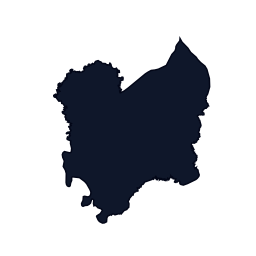 Na Thom, Nakhon Phanom, Thailand (Robinson projection), rotated 12°
{"feature_id": "78962969B75558951633427", "entity_name": "Na Thom", "entity_type": "district", "adm_level": 2, "iso_a3": "THA", "parent_name": "Thailand", "parent_adm1": "Nakhon Phanom", "projection": "robinson", "projection_center": [104.092, 17.839], "detail": "fine", "context": "isolated", "style": "filled", "palette": "ink", "viewbox_px": 256, "rotation_deg": 12, "n_neighbors": 0, "source": "geoboundaries", "source_scale": "gbopen_adm2", "svg_char_len": 5778}
<svg xmlns="http://www.w3.org/2000/svg" viewBox="0 0 256 256"><g transform="rotate(12 128 128)"><path d="M110.9,211.2L111.5,210.6L113.2,210.8L115.1,212.2L118.7,212.7L120.1,214.0L118.7,217.6L115.8,220.4L115.7,221.1L117.9,224.1L119.5,225.4L122.7,226.3L124.5,225.8L126.5,224.2L126.0,220.3L126.5,218.4L129.2,216.3L129.8,216.7L131.0,215.0L133.3,215.6L136.5,213.9L137.8,213.8L138.3,213.0L139.2,213.5L141.3,209.6L143.8,207.9L144.1,206.9L145.2,205.4L144.7,201.9L143.3,199.6L144.1,197.6L144.0,196.7L146.0,192.8L147.0,192.4L146.8,191.6L147.4,189.5L148.8,188.8L149.2,187.9L150.7,187.7L150.7,186.8L149.7,184.6L151.4,184.6L152.1,183.2L153.0,182.9L152.9,180.8L154.4,180.0L155.2,178.4L155.3,177.5L162.2,173.3L162.6,172.5L163.7,172.8L163.9,172.2L163.2,171.7L164.4,171.1L165.1,169.9L165.5,171.1L166.0,170.2L166.4,170.5L166.7,172.5L167.6,172.4L168.1,170.9L169.1,171.2L169.6,170.6L169.9,171.0L169.8,172.0L170.6,171.2L171.5,171.4L171.4,170.6L172.2,170.8L172.6,171.6L173.4,171.3L173.4,170.6L174.7,170.2L175.1,170.6L174.8,171.6L175.8,171.6L175.6,170.7L176.5,170.4L177.0,170.8L177.3,169.0L177.7,169.3L178.5,169.0L178.4,170.2L178.6,170.3L179.5,167.5L180.3,166.7L180.1,166.2L180.6,166.6L180.7,167.3L181.3,167.7L181.7,167.6L181.2,166.9L181.7,166.7L182.8,168.3L183.6,167.9L184.3,168.2L185.3,167.9L185.3,169.1L184.7,170.6L184.8,171.2L186.2,171.3L186.8,170.5L187.6,170.5L188.8,168.8L189.7,169.5L190.4,171.7L191.4,172.2L194.0,172.3L197.7,170.0L205.0,164.3L206.2,162.8L207.3,160.6L207.4,159.1L205.8,156.4L205.2,154.6L203.6,153.7L203.2,152.9L202.9,153.6L202.4,153.5L202.6,152.8L201.9,153.5L201.8,152.9L200.4,152.0L200.4,151.1L200.7,150.6L200.3,149.8L200.7,149.5L199.6,149.2L199.8,149.1L199.3,148.4L200.0,147.2L200.3,147.3L200.2,146.8L201.5,145.7L201.6,144.4L200.9,143.2L201.5,142.7L201.1,142.3L201.3,141.9L201.0,140.6L200.0,140.5L199.4,139.4L197.9,138.8L198.0,138.3L197.4,138.5L197.6,137.8L196.6,137.3L196.3,136.6L196.6,136.1L196.2,136.2L196.8,135.5L196.6,134.9L195.8,133.9L195.5,134.6L195.0,134.7L195.3,134.2L194.8,134.1L195.1,133.4L194.6,133.4L194.6,132.4L193.8,132.8L194.0,132.1L193.3,131.2L193.6,129.3L195.3,129.1L195.3,128.7L195.9,128.8L195.6,127.9L197.1,128.2L197.9,127.3L197.6,126.8L198.2,125.9L198.1,125.2L199.2,124.5L198.6,123.1L200.1,121.5L199.5,120.5L199.3,119.3L199.0,119.4L198.9,118.6L198.5,118.6L197.8,117.5L198.2,115.6L198.0,112.9L198.7,111.8L198.8,110.2L196.5,105.6L196.0,105.5L195.1,103.9L193.6,102.4L193.4,101.5L195.0,100.2L196.6,100.0L197.1,99.6L198.5,99.7L199.5,99.2L199.1,97.7L197.4,97.2L197.1,96.3L197.5,96.0L197.4,94.9L198.0,94.6L198.7,93.0L200.5,92.3L200.6,91.6L201.5,90.7L201.7,89.6L202.1,89.5L201.3,88.6L201.3,88.0L199.2,86.4L198.9,85.0L198.3,84.8L198.1,84.3L198.0,83.4L198.4,83.0L197.7,81.5L198.8,78.1L199.3,70.8L197.3,62.7L192.9,54.2L190.3,51.4L185.4,48.9L181.6,46.3L180.1,44.7L173.5,41.0L169.9,37.4L163.0,32.8L160.3,29.7L160.6,31.9L158.5,36.4L158.0,38.3L158.3,40.7L157.9,43.1L155.7,46.9L152.5,58.8L145.6,64.1L142.3,65.7L138.7,66.9L135.9,69.3L133.7,71.5L120.1,88.6L116.8,92.4L114.6,94.3L113.0,95.2L112.5,94.8L112.2,93.7L112.8,94.1L113.3,93.6L112.9,93.0L113.4,92.5L113.5,91.7L111.3,90.9L111.5,90.2L110.9,90.4L109.6,88.6L109.7,88.3L110.6,88.9L111.3,88.3L111.0,86.1L111.4,85.3L110.7,84.8L110.7,83.7L113.1,81.9L112.7,81.3L112.9,80.5L112.5,79.5L111.6,79.4L110.5,80.6L107.7,80.6L106.5,79.6L107.0,78.5L106.0,76.1L108.0,75.4L107.6,73.9L107.0,73.5L105.7,74.6L105.5,73.2L104.2,71.9L103.0,72.9L100.5,72.8L98.9,71.2L98.0,69.2L97.2,68.6L97.2,69.1L96.7,68.9L96.7,70.3L94.9,70.8L94.9,70.4L94.1,70.6L92.5,69.7L89.2,70.2L87.7,69.0L86.6,69.0L84.8,68.3L82.7,69.4L82.1,70.3L81.6,72.4L80.8,72.6L80.0,72.2L79.2,73.4L78.8,73.3L78.5,74.2L77.0,74.3L76.9,73.7L76.5,73.7L76.5,74.5L76.0,74.7L76.7,75.7L75.7,75.9L75.3,76.5L73.2,76.4L73.0,76.8L73.7,77.6L73.0,77.7L73.2,77.9L72.3,78.4L72.2,78.9L72.5,79.5L73.1,79.3L73.3,80.7L72.6,81.9L72.1,81.8L71.5,82.7L69.8,83.4L69.0,83.0L69.0,83.6L67.9,83.3L67.7,83.8L67.0,83.4L65.3,84.1L65.2,83.7L63.8,83.5L62.8,84.1L61.3,83.4L61.5,82.6L60.8,82.8L60.7,82.4L59.7,83.0L59.4,83.7L60.3,83.8L59.8,84.6L60.6,84.8L60.8,84.4L61.1,85.5L60.7,85.9L60.3,85.5L59.9,86.7L59.0,86.4L58.0,87.1L57.6,87.9L57.0,88.0L57.3,90.1L57.7,90.5L57.5,91.2L58.0,91.6L57.7,92.0L57.3,91.9L57.5,92.5L56.8,92.1L56.3,92.3L56.6,94.0L56.0,94.4L56.1,94.8L55.2,95.5L54.7,97.1L54.1,97.4L54.6,98.6L53.8,99.1L52.0,98.2L50.7,99.4L50.6,100.6L51.0,101.2L51.8,100.6L53.7,100.7L52.3,102.5L51.9,102.4L51.7,101.6L51.3,101.6L51.0,103.4L51.6,104.4L53.8,106.2L53.0,106.7L52.7,105.7L51.8,105.0L50.3,105.5L52.4,109.4L51.8,110.2L50.5,109.8L50.1,110.0L48.6,111.5L48.8,112.3L49.5,113.0L50.6,113.1L50.7,111.7L51.0,111.5L52.1,113.8L54.7,116.1L57.2,115.5L58.1,117.7L59.8,117.9L61.6,120.2L63.3,119.5L64.0,120.9L63.2,121.0L62.8,121.8L61.8,121.3L61.3,121.5L62.5,122.5L61.5,122.9L61.3,123.4L62.5,124.0L62.1,124.3L61.8,125.4L60.5,125.5L60.4,126.1L61.4,127.3L64.4,128.0L64.1,130.1L64.5,130.8L65.4,131.2L65.2,131.7L65.5,132.9L68.9,133.3L68.9,133.7L67.9,134.1L67.6,134.7L71.7,135.4L70.7,136.7L71.8,137.5L69.8,138.9L70.2,139.6L71.0,139.9L71.6,141.5L72.5,141.8L72.7,142.3L72.0,144.0L70.0,144.6L69.0,145.6L68.9,146.2L69.2,146.4L71.2,145.3L72.5,145.8L72.0,147.3L73.0,147.6L71.8,149.8L71.0,149.1L70.7,149.3L70.6,151.2L71.0,151.8L74.6,152.5L75.0,155.2L77.1,159.5L77.5,162.9L77.0,163.9L76.0,164.4L70.7,164.3L69.6,165.7L69.3,167.7L70.3,170.3L72.6,173.5L72.7,179.1L75.5,182.2L77.1,185.3L78.8,194.1L79.6,196.0L80.6,197.1L81.7,197.5L82.7,197.4L83.4,196.6L83.3,193.6L83.8,191.0L83.2,188.2L83.8,187.3L90.9,186.6L96.7,189.3L99.2,191.1L103.7,196.2L105.0,198.2L105.3,199.7L105.2,201.8L104.4,203.0L103.0,203.8L99.8,203.8L98.6,204.4L99.1,208.1L98.3,211.4L98.8,213.1L99.6,213.8L100.3,213.9L102.1,212.7L104.2,212.1L105.7,210.9L106.9,209.2L107.2,205.4L107.7,204.7L109.5,205.5L109.9,209.0L110.9,211.2Z" fill="#0f172a" stroke="#020617" stroke-width="1.5"/></g></svg>